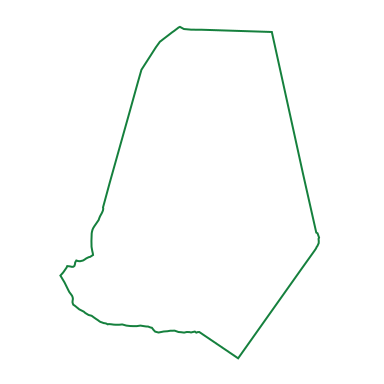 outline of Budalangi, Western, Kenya, rotated 182°
{"feature_id": "3690345B63864240127702", "entity_name": "Budalangi", "entity_type": "district", "adm_level": 2, "iso_a3": "KEN", "parent_name": "Kenya", "parent_adm1": "Western", "projection": "robinson", "projection_center": [34.038, 0.077], "detail": "fine", "context": "isolated", "style": "outline", "palette": "green", "viewbox_px": 384, "rotation_deg": 182, "n_neighbors": 0, "source": "geoboundaries", "source_scale": "gbopen_adm2", "svg_char_len": 1770}
<svg xmlns="http://www.w3.org/2000/svg" viewBox="0 0 384 384"><g transform="rotate(182 192 192)"><path d="M320.6,103.9L316.2,97.1L312.5,90.2L311.1,87.7L308.3,84.2L307.6,82.6L307.3,81.0L307.5,79.3L307.6,77.7L307.2,76.3L306.7,75.2L305.2,74.3L300.6,70.8L295.9,68.6L294.5,67.4L291.1,65.5L288.0,64.8L285.5,63.1L283.5,61.8L281.5,60.6L280.4,59.8L279.1,59.0L277.4,58.5L275.7,57.9L274.4,57.8L273.0,57.5L271.6,56.8L270.5,57.1L268.3,57.0L265.3,56.7L263.0,56.7L260.2,56.8L257.1,57.2L252.9,56.2L249.0,55.9L246.6,55.9L242.6,56.0L238.9,56.7L235.8,56.3L233.1,56.0L231.2,56.0L228.9,55.2L227.3,54.9L225.8,53.0L224.0,51.2L221.9,50.7L220.5,50.4L215.4,51.6L211.6,52.0L208.8,52.6L204.4,52.8L200.6,51.6L198.0,51.5L195.0,51.2L192.3,51.9L189.7,51.9L188.0,51.6L186.3,52.1L184.3,52.6L182.8,51.6L181.3,52.2L179.8,52.3L140.1,27.4L124.9,50.5L79.6,119.4L67.4,137.8L66.1,139.9L65.6,141.2L64.8,142.4L63.6,145.3L63.6,147.4L63.9,149.6L63.4,150.8L65.1,155.1L66.4,155.8L81.7,214.1L89.9,246.1L108.9,320.1L117.8,354.7L187.7,354.5L198.4,354.2L205.8,354.6L207.6,355.5L209.8,356.6L211.2,355.9L212.6,354.7L214.1,353.5L215.4,352.4L217.3,351.0L225.9,343.9L227.1,342.9L228.0,342.1L229.3,341.1L233.2,335.3L238.4,326.5L246.8,312.4L249.8,300.3L257.4,268.8L274.6,198.2L280.4,173.4L280.1,172.2L280.4,170.3L281.2,168.2L283.0,164.6L283.7,162.8L284.3,160.8L288.5,154.2L289.5,152.4L290.1,150.9L290.6,148.7L290.8,147.2L290.8,143.5L290.8,141.4L290.8,139.5L290.6,136.0L290.5,133.8L290.1,131.8L289.6,129.5L289.0,127.3L288.7,125.6L291.6,123.6L292.8,123.3L294.2,122.6L295.6,121.8L297.0,120.7L298.6,119.7L301.5,118.9L303.5,119.0L305.2,119.5L306.3,117.5L306.4,116.0L306.9,114.1L307.9,113.2L309.3,113.0L311.4,113.4L314.1,113.6L314.7,112.1L317.0,108.5L318.0,107.0L320.6,103.9Z" fill="none" stroke="#15803d" stroke-width="2"/></g></svg>